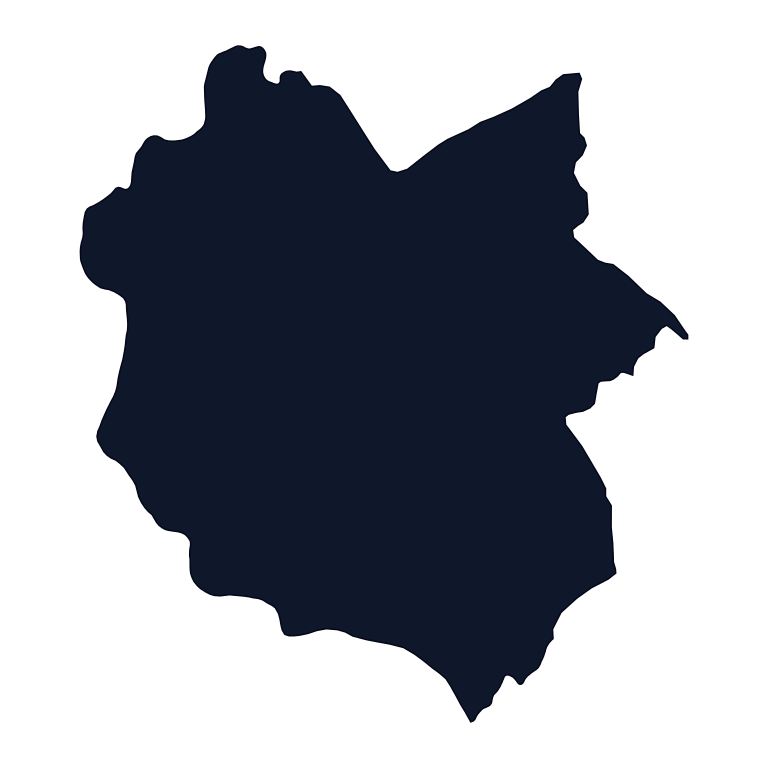 the district of Los Cerrillos, Canelones, Uruguay
{"feature_id": "84410073B16408849158575", "entity_name": "Los Cerrillos", "entity_type": "district", "adm_level": 2, "iso_a3": "URY", "parent_name": "Uruguay", "parent_adm1": "Canelones", "projection": "natural_earth1", "projection_center": [-56.396, -34.629], "detail": "fine", "context": "isolated", "style": "filled", "palette": "ink", "viewbox_px": 768, "rotation_deg": 0, "n_neighbors": 0, "source": "geoboundaries", "source_scale": "gbopen_adm2", "svg_char_len": 5887}
<svg xmlns="http://www.w3.org/2000/svg" viewBox="0 0 768 768"><path d="M553.0,638.7L552.5,629.1L561.0,612.4L576.8,598.1L591.4,587.7L608.2,579.0L615.7,573.1L615.4,569.1L613.3,561.9L613.1,554.0L612.6,542.8L611.1,527.3L611.2,505.7L605.5,496.5L605.5,488.6L600.1,477.7L581.6,446.3L569.1,429.5L565.6,424.9L564.9,416.9L568.4,414.1L576.2,412.1L582.8,411.1L589.9,407.8L594.3,403.4L595.8,394.5L597.9,383.0L600.4,381.1L604.4,380.7L610.0,380.4L613.3,379.0L617.3,376.0L620.6,372.2L623.9,372.1L628.7,373.7L632.7,375.1L633.3,366.5L637.6,358.0L642.8,353.8L653.7,347.7L654.9,336.7L661.3,328.3L666.8,325.2L671.5,328.6L678.2,334.2L683.2,338.7L687.6,338.8L687.6,334.9L685.3,331.9L682.5,327.8L674.3,315.7L660.1,302.3L646.1,293.8L628.0,276.4L613.0,264.7L604.8,263.3L597.6,260.5L582.0,245.7L573.5,237.8L572.3,229.8L577.5,225.4L582.9,222.0L588.0,214.2L586.7,193.2L579.7,186.2L573.1,173.0L575.2,162.1L582.2,154.8L586.2,145.4L583.8,137.9L579.3,133.5L578.2,114.1L577.6,91.6L581.4,79.0L579.1,73.5L563.4,74.9L556.2,80.1L550.2,87.5L541.7,91.0L530.6,98.6L511.8,109.4L493.8,117.5L480.6,122.5L469.0,129.8L447.8,139.5L438.5,145.3L423.7,156.6L407.5,169.4L397.5,172.6L390.1,171.0L374.1,149.5L363.4,132.7L351.0,113.0L339.9,95.6L329.4,87.3L319.9,85.8L311.5,86.5L300.9,71.8L298.9,72.1L296.6,72.4L293.9,71.8L292.6,71.5L291.2,71.2L289.8,71.1L288.1,71.2L285.9,71.6L284.4,72.4L283.0,73.2L281.8,74.1L280.9,75.5L280.4,77.2L280.4,79.4L280.4,81.5L279.8,82.7L278.9,83.8L277.4,84.5L275.8,84.3L273.6,83.7L271.5,82.8L269.4,82.1L267.7,81.3L265.7,79.7L264.3,77.8L263.1,75.3L262.4,72.2L262.5,69.3L263.0,66.4L263.7,63.9L264.5,61.4L265.3,58.2L265.6,55.8L265.5,53.0L264.3,50.5L262.7,48.4L261.0,47.2L259.0,46.7L257.2,47.1L255.5,47.6L253.3,48.3L251.2,48.9L249.5,49.3L247.6,49.0L245.2,48.2L243.2,47.0L240.7,46.2L239.0,46.1L237.6,46.1L235.7,46.6L233.1,47.9L230.7,49.0L228.2,50.3L226.0,51.4L223.1,52.4L221.2,53.3L219.3,54.0L217.6,55.0L217.4,55.2L216.1,56.6L214.6,58.4L213.2,60.4L211.8,62.3L210.4,64.6L209.2,67.3L205.1,83.6L204.6,86.5L204.7,90.0L204.8,92.8L204.9,96.8L205.1,101.0L205.5,105.9L205.8,110.8L206.0,115.6L205.9,118.7L205.0,122.5L204.2,125.0L202.6,127.3L200.5,129.5L197.2,132.0L194.8,134.3L191.8,136.3L188.6,137.9L185.7,139.1L182.0,140.3L178.4,140.8L174.8,141.2L171.9,141.2L168.7,141.1L164.5,140.2L160.7,137.7L157.3,136.2L154.0,136.0L150.9,136.8L147.8,138.6L145.6,140.7L143.8,143.6L141.9,147.0L139.1,150.4L136.6,153.5L135.4,156.9L134.6,161.8L133.6,166.6L132.4,172.1L132.0,177.1L131.7,182.1L130.8,185.5L129.4,187.7L127.8,189.1L125.7,189.7L123.2,189.1L120.9,188.0L118.4,187.5L115.9,188.4L113.7,191.1L111.3,193.8L106.9,197.3L103.4,199.9L98.9,202.8L93.1,206.0L89.9,207.2L87.4,209.0L85.5,212.1L84.6,216.3L83.5,222.8L83.2,228.4L83.5,233.1L83.1,237.1L82.2,240.3L81.4,243.2L80.7,247.1L80.4,251.2L80.5,254.8L80.6,256.7L80.6,258.3L81.1,261.3L82.6,265.6L83.8,268.8L85.6,273.1L87.3,275.8L89.2,278.3L92.8,282.0L95.9,284.5L100.6,287.6L105.0,288.8L108.9,289.4L111.1,290.3L114.4,291.6L119.6,294.7L123.7,297.8L125.6,301.0L126.5,304.0L126.7,309.4L127.2,315.1L127.6,318.5L127.9,324.9L127.6,330.2L126.5,335.5L125.9,340.4L125.5,344.7L124.6,350.9L123.0,359.4L121.3,365.6L119.8,371.5L118.3,378.5L117.2,386.3L115.9,391.4L113.8,396.5L111.0,401.8L107.4,408.9L104.7,414.8L102.2,420.6L99.9,427.0L97.9,431.4L97.5,434.0L97.0,436.3L97.9,441.1L100.8,446.1L103.8,451.6L107.2,455.2L111.0,457.9L115.7,460.0L119.4,462.8L120.1,463.4L124.5,467.5L129.2,474.8L133.0,480.1L135.9,485.4L137.2,490.5L138.8,496.8L141.7,502.7L144.9,507.5L148.5,511.6L152.2,514.7L154.1,518.1L156.5,522.2L158.9,525.2L162.2,527.7L165.1,529.3L168.2,530.2L173.2,531.0L177.8,531.6L181.4,532.5L185.0,534.3L187.6,536.8L190.0,540.3L190.6,542.4L190.6,545.4L190.0,548.9L189.8,551.7L189.7,555.4L190.2,559.7L190.2,564.3L190.3,569.0L190.7,573.0L191.9,576.9L193.9,581.3L197.4,585.6L200.5,588.5L205.6,591.8L210.3,594.2L214.4,595.4L220.2,595.8L225.2,595.2L229.7,594.7L234.9,595.2L239.7,595.6L244.7,596.1L248.8,596.7L253.4,597.7L258.5,598.4L262.8,599.9L267.7,603.0L272.4,605.5L275.4,607.8L278.7,613.8L280.2,619.7L281.1,625.2L282.3,630.0L284.8,634.3L288.9,635.7L294.3,635.7L299.8,635.1L307.9,633.4L316.9,630.4L326.3,628.7L337.3,629.6L345.4,631.9L352.9,636.0L366.5,639.6L378.4,641.9L389.9,644.0L403.6,647.5L414.7,654.1L422.6,659.9L426.1,662.7L433.0,668.3L437.0,671.2L439.0,672.7L439.7,673.2L445.0,677.8L446.1,678.8L451.1,686.7L452.7,689.7L456.2,695.9L457.3,698.0L460.8,704.5L465.3,711.9L469.5,719.5L470.8,721.9L473.4,720.8L474.8,719.4L475.1,718.6L475.5,717.7L476.2,716.4L476.8,715.3L477.4,714.4L478.2,713.4L478.9,712.5L479.6,711.7L480.4,710.9L481.1,710.1L481.7,709.4L482.4,708.9L483.0,708.5L483.9,708.0L484.9,707.6L485.6,707.3L486.4,707.0L487.2,706.6L488.1,706.2L488.8,705.8L489.5,705.3L490.1,704.7L490.7,703.9L491.2,703.2L491.4,702.4L491.7,701.4L491.7,700.8L491.8,700.1L492.1,699.0L492.3,697.9L492.6,696.8L493.1,695.7L493.6,694.8L494.2,694.0L494.9,693.4L495.7,692.5L496.3,691.9L497.0,691.0L497.7,690.1L498.2,689.3L498.8,688.3L499.6,687.1L500.0,686.4L500.4,685.6L500.9,684.2L501.5,683.2L502.1,682.0L502.4,681.0L502.8,680.0L503.3,679.0L503.6,678.0L504.1,676.9L504.6,676.1L504.9,675.8L505.3,675.5L506.2,675.0L507.3,674.9L508.4,674.9L509.4,675.2L510.4,675.6L511.5,676.2L512.5,676.7L513.1,677.1L513.4,677.3L514.1,678.0L514.9,678.8L515.6,679.7L516.3,680.5L516.8,681.2L517.3,682.0L518.2,683.1L518.9,683.8L519.7,684.2L520.6,684.2L521.5,684.0L522.2,683.6L523.1,682.5L523.7,681.3L524.4,679.9L525.2,678.4L526.5,677.0L527.5,675.7L529.0,674.7L530.3,673.5L531.5,672.6L533.0,671.5L534.2,670.7L535.7,669.7L536.6,669.0L537.4,668.4L537.5,668.2L538.1,667.6L538.7,666.6L539.4,665.4L540.0,664.3L540.5,663.0L540.9,661.9L541.2,661.0L541.7,660.1L542.1,659.4L542.2,659.2L542.6,658.3L543.0,657.2L543.5,656.2L543.9,654.9L544.4,653.4L544.9,652.0L545.2,650.9L545.5,649.7L545.8,648.7L546.2,647.7L546.6,646.7L547.3,645.3L548.1,644.2L548.8,643.0L549.6,642.1L550.6,641.0L551.7,639.8L553.0,638.7Z" fill="#0f172a" stroke="#020617" stroke-width="1.5"/></svg>